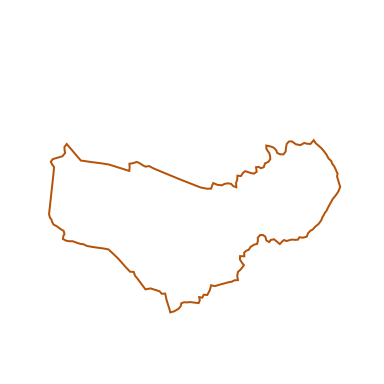 Paripiranga, Bahia, Brazil, rotated 62°
{"feature_id": "56859067B65778580643910", "entity_name": "Paripiranga", "entity_type": "district", "adm_level": 2, "iso_a3": "BRA", "parent_name": "Brazil", "parent_adm1": "Bahia", "projection": "mercator", "projection_center": [-37.888, -10.599], "detail": "fine", "context": "isolated", "style": "outline", "palette": "amber", "viewbox_px": 384, "rotation_deg": 62, "n_neighbors": 0, "source": "geoboundaries", "source_scale": "gbopen_adm2", "svg_char_len": 2620}
<svg xmlns="http://www.w3.org/2000/svg" viewBox="0 0 384 384"><g transform="rotate(62 192 192)"><path d="M257.1,58.8L249.1,57.2L246.3,56.6L244.2,54.9L241.5,54.7L239.0,54.5L236.0,54.4L232.8,54.9L230.0,54.5L226.5,55.7L222.1,55.7L218.1,56.3L214.4,57.1L210.5,58.5L207.0,59.9L203.4,60.2L205.2,64.8L203.5,67.6L201.4,69.9L201.5,74.3L198.7,77.8L194.2,80.1L192.9,82.8L194.1,85.9L197.4,88.5L200.2,90.3L201.7,93.5L200.1,96.5L197.6,98.4L194.3,98.1L191.1,99.1L188.6,101.3L185.9,104.6L188.8,106.0L191.3,105.9L193.7,105.5L197.0,106.2L199.8,107.5L201.3,110.6L201.0,114.1L203.8,117.0L203.3,120.1L201.1,121.3L200.2,123.8L204.5,125.4L204.8,128.8L202.9,131.1L200.7,133.2L198.6,135.2L199.0,137.9L200.9,141.4L198.9,144.2L202.1,146.1L204.8,148.9L208.6,150.7L206.3,152.7L203.0,153.8L201.1,156.4L200.1,159.5L200.1,162.5L197.7,166.1L194.1,169.0L195.9,171.4L198.0,173.5L196.1,177.3L191.9,182.4L184.3,188.9L177.8,194.5L173.4,198.2L154.0,214.2L151.9,215.7L148.9,217.8L147.8,221.1L145.8,222.6L143.5,223.9L141.1,225.3L139.4,226.9L139.0,230.0L137.7,234.0L141.2,235.6L143.9,237.5L128.7,252.5L124.4,258.2L117.0,268.6L112.0,275.4L90.8,280.1L92.4,283.5L95.1,284.8L98.0,285.7L99.6,289.7L97.6,299.5L99.0,302.5L102.4,302.5L105.3,302.1L112.0,306.5L116.8,309.8L144.4,328.6L147.6,329.4L150.6,329.1L153.1,329.6L155.8,329.5L158.9,327.4L162.4,325.8L166.0,323.6L169.2,324.3L170.6,326.4L172.9,328.0L175.8,326.1L177.8,323.6L179.4,320.5L183.0,317.3L185.6,314.7L187.0,312.5L190.3,310.1L193.7,305.8L201.1,295.6L203.6,292.6L212.2,289.7L216.6,288.3L226.5,286.0L233.3,284.1L235.2,281.0L239.2,281.6L242.5,280.9L256.1,278.8L257.7,273.8L264.5,267.2L267.6,266.5L269.1,263.4L275.2,265.1L284.8,266.9L288.1,267.7L289.0,263.7L288.8,258.7L287.6,255.7L285.2,253.6L285.6,250.8L287.2,248.1L288.4,245.2L293.2,238.3L291.2,235.9L288.2,235.0L290.1,232.5L288.2,229.9L290.1,226.8L286.8,222.1L283.3,218.9L285.7,216.2L286.5,212.8L287.1,209.7L288.0,206.0L288.8,202.3L289.9,198.8L289.8,196.4L291.3,192.8L287.2,191.4L284.1,188.9L283.4,185.9L282.3,183.2L281.0,180.5L277.3,181.2L274.0,181.3L271.2,179.7L273.3,176.0L270.0,174.4L269.3,171.8L269.7,169.1L268.0,166.2L267.6,161.9L268.4,158.9L266.3,156.9L263.3,155.4L262.0,152.1L263.2,149.6L265.9,148.2L269.7,149.1L272.5,147.3L271.3,145.1L272.2,141.8L276.5,140.0L279.2,138.9L278.0,135.6L277.6,133.2L279.6,131.7L280.2,128.9L280.9,126.1L282.6,123.5L283.8,120.9L282.4,118.4L284.4,115.5L285.3,111.7L282.8,108.7L281.8,105.7L281.8,103.1L280.4,99.2L279.7,95.4L277.7,91.2L275.6,88.8L274.3,86.6L272.7,84.3L271.7,82.0L269.4,78.9L267.2,75.6L265.7,73.2L264.2,71.0L262.9,67.7L261.5,64.8L260.0,62.2L257.1,58.8Z" fill="none" stroke="#b45309" stroke-width="2"/></g></svg>